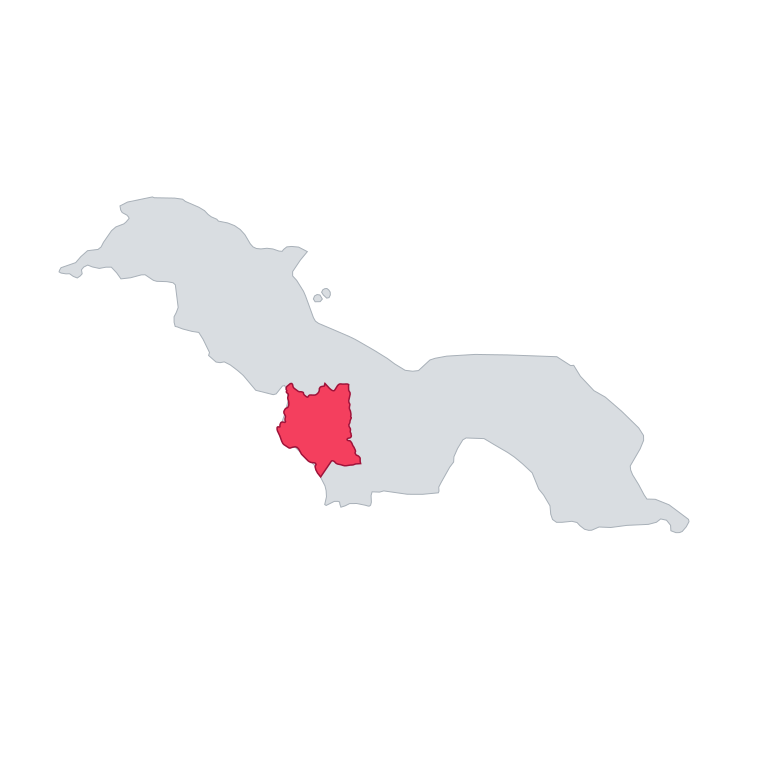 location of Kasungu within Malawi, rotated 308°
{"feature_id": "MWI-1899", "entity_name": "Kasungu", "entity_type": "District", "adm_level": 1, "iso_a3": "MWI", "parent_name": "Malawi", "parent_adm1": "", "projection": "orthographic", "projection_center": [33.477, -13.001], "detail": "fine", "context": "in_parent", "style": "filled", "palette": "rose", "viewbox_px": 768, "rotation_deg": 308, "n_neighbors": 0, "source": "natural_earth", "source_scale": "10m", "svg_char_len": 6115}
<svg xmlns="http://www.w3.org/2000/svg" viewBox="0 0 768 768"><g transform="rotate(308 384 384)"><path d="M296.1,447.1L291.7,441.0L288.1,442.5L283.1,446.8L280.4,448.0L279.0,447.8L278.1,446.8L277.0,444.0L273.1,436.2L268.7,430.6L264.1,428.4L260.4,425.9L262.0,423.4L263.7,421.6L263.0,419.7L260.9,417.1L252.7,413.2L252.5,411.5L259.7,408.1L264.3,404.1L267.4,400.2L271.3,391.8L274.5,383.4L276.8,380.6L277.7,375.1L277.1,368.8L278.7,360.8L279.4,353.2L277.0,350.3L275.0,345.2L277.4,336.5L281.2,330.5L299.4,324.2L312.1,318.6L314.8,316.1L319.2,311.3L321.6,306.6L319.8,305.2L309.8,305.1L307.4,303.3L300.1,286.8L304.1,267.9L304.5,260.4L304.4,251.2L303.1,244.5L299.9,241.7L297.9,238.1L298.5,228.2L301.4,227.1L307.8,214.0L310.6,206.3L307.2,200.2L303.4,191.4L301.7,185.9L300.8,184.0L303.4,180.6L307.7,177.2L312.5,176.3L317.6,174.7L333.7,158.5L333.9,155.4L331.0,149.9L325.0,141.7L323.7,138.4L323.0,128.5L320.6,125.6L311.7,118.9L304.9,112.0L307.0,104.9L308.2,97.2L304.8,92.9L299.8,88.5L296.7,82.1L295.3,77.3L291.3,75.4L287.7,75.3L285.0,78.3L282.1,78.1L278.7,77.0L277.5,72.9L277.3,68.4L274.9,65.4L272.6,61.2L272.3,58.9L273.8,58.3L276.8,57.9L289.8,66.3L297.7,66.7L306.5,68.3L314.0,75.8L317.9,76.7L322.9,75.7L337.0,74.9L342.7,76.0L350.0,80.4L352.9,81.0L357.5,81.2L358.3,80.0L358.8,77.4L357.9,72.2L359.0,69.4L361.8,66.3L369.5,69.9L388.8,86.3L389.4,88.4L401.6,104.6L405.6,111.5L405.6,115.1L409.3,129.3L410.1,135.9L409.3,140.9L409.4,145.0L410.9,150.8L410.4,153.2L414.7,161.7L416.8,168.8L417.2,175.7L416.0,182.5L412.1,192.4L411.4,196.4L412.2,200.0L414.7,203.9L418.9,208.2L422.0,213.3L424.1,219.4L425.9,222.1L428.1,222.0L432.2,223.0L435.5,226.5L439.3,232.4L440.6,239.2L441.1,242.1L430.1,241.8L416.3,242.8L412.9,245.5L411.9,251.4L407.5,263.5L405.1,267.9L400.0,276.1L392.8,287.6L391.3,291.3L391.5,295.2L395.7,310.8L400.0,327.3L401.4,333.7L404.5,355.5L406.2,371.0L406.4,380.0L407.8,392.2L411.7,398.7L415.8,402.9L431.2,405.4L435.8,408.5L444.6,416.3L463.5,437.7L473.9,451.5L483.0,463.5L499.3,486.0L511.9,503.4L513.4,519.7L515.5,522.0L511.0,534.0L508.0,553.5L509.9,566.4L508.8,588.4L506.2,611.8L503.2,620.2L499.4,623.3L490.5,625.8L471.0,628.5L468.1,631.3L465.5,635.8L461.5,646.6L456.7,657.4L455.2,662.1L456.1,663.2L460.2,668.8L464.3,683.0L464.8,707.3L463.3,709.1L457.6,710.1L451.4,709.8L448.9,708.4L446.6,705.6L445.0,700.4L449.1,696.8L450.6,690.5L448.0,685.1L442.8,683.8L436.2,678.8L422.2,662.5L410.5,651.0L403.7,641.5L396.7,637.7L394.7,635.4L393.0,631.4L393.0,625.6L393.7,621.4L391.5,616.6L384.4,609.2L381.2,605.1L381.0,600.2L384.1,595.5L390.2,589.8L394.8,578.1L396.5,570.6L405.2,555.5L406.4,542.3L406.7,531.8L406.2,523.9L404.0,507.7L402.6,496.5L392.0,481.9L388.5,480.5L378.4,481.7L369.7,483.9L365.4,486.9L358.9,487.0L341.9,489.6L336.5,490.6L333.4,493.3L331.7,493.8L321.0,482.5L311.5,470.3L299.6,449.6L296.1,447.1ZM421.1,286.9L418.2,287.5L416.4,286.0L416.8,281.5L417.9,278.3L420.7,277.8L422.7,278.7L424.1,280.2L424.1,282.5L423.3,285.0L421.1,286.9ZM414.7,278.7L413.0,283.1L409.6,283.0L406.4,279.1L407.5,276.0L410.6,275.1L413.3,276.2L414.7,278.7Z" fill="#d9dde1" stroke="#a8b0b8" stroke-width="1"/><path d="M306.4,322.6L308.2,322.2L310.1,321.0L311.8,319.3L313.1,317.4L314.0,316.5L316.5,315.5L317.2,314.5L317.3,312.4L317.7,311.8L318.9,311.6L319.5,310.2L321.7,308.9L322.9,309.1L326.6,309.9L327.1,310.4L327.6,311.0L327.5,311.5L327.4,312.0L327.2,312.4L327.0,312.7L326.1,313.7L325.9,314.0L325.7,314.4L325.5,314.8L325.3,315.9L325.4,320.4L325.5,321.3L325.7,321.9L326.7,323.2L327.3,324.3L327.5,325.0L327.6,325.6L327.4,326.0L327.1,326.3L326.8,326.5L326.5,327.2L326.2,328.2L326.2,330.7L326.4,331.6L326.8,332.0L327.8,331.9L328.4,331.9L328.9,332.0L329.3,332.1L329.7,332.4L330.2,333.0L331.7,335.1L332.6,336.2L333.0,336.5L333.4,336.8L333.8,337.0L334.8,337.3L335.8,337.5L336.9,337.5L337.5,337.5L337.9,337.4L338.8,337.1L339.1,336.9L339.8,336.5L340.1,336.2L340.4,336.0L340.8,335.8L341.7,335.8L342.2,335.7L342.8,335.9L343.5,336.3L345.3,337.9L345.8,338.2L346.1,338.2L346.4,338.0L346.7,337.7L347.4,337.3L348.1,337.1L347.0,343.8L346.9,346.4L347.1,347.3L347.5,348.2L347.9,348.7L348.5,348.9L349.2,348.9L353.8,348.4L354.5,348.4L355.2,348.5L356.0,348.7L357.0,349.3L357.7,350.3L358.6,351.7L361.3,354.9L361.7,356.0L361.8,356.5L361.7,356.7L360.8,357.1L357.6,359.8L357.3,360.1L357.0,360.7L356.4,362.2L356.2,362.6L355.1,363.6L349.1,366.5L348.5,367.1L347.7,367.9L347.6,368.5L347.1,369.4L346.6,369.9L345.8,370.3L344.6,370.9L343.5,371.7L343.0,372.3L342.0,374.2L340.3,376.1L339.4,376.9L338.6,377.4L338.0,377.6L337.7,378.0L337.5,378.7L337.2,379.0L336.8,379.2L335.5,379.5L334.1,379.9L332.9,380.7L331.5,381.2L330.3,381.3L329.0,382.7L328.3,384.5L328.0,385.1L327.6,385.5L326.9,386.0L325.7,386.7L325.4,387.0L324.5,388.7L323.8,389.2L323.2,390.1L322.7,390.4L322.2,390.6L321.7,390.6L321.2,390.5L320.8,390.4L320.5,390.3L320.3,390.1L319.7,389.6L319.4,389.3L319.0,389.0L318.5,388.9L317.8,388.9L317.4,389.1L317.2,389.5L317.2,390.0L317.3,390.4L317.5,390.8L317.9,391.5L318.1,391.8L318.3,392.3L318.3,392.7L318.2,393.2L317.6,395.1L317.3,395.6L316.3,397.3L315.7,399.2L314.2,402.1L313.5,403.0L313.0,403.2L312.3,403.4L311.7,403.8L311.0,405.6L310.9,406.2L311.1,406.6L311.3,407.0L311.4,407.6L311.5,408.3L311.3,409.7L311.1,410.4L310.8,410.9L308.3,412.9L306.9,414.6L303.6,410.9L301.3,409.5L300.5,408.7L299.3,407.3L296.4,404.6L295.4,403.4L294.7,402.0L293.8,399.6L292.4,396.8L292.1,395.7L292.0,394.7L292.3,392.9L292.3,392.0L291.9,390.8L291.4,390.3L291.0,390.0L272.9,391.2L271.8,391.3L272.9,386.5L274.4,383.2L276.4,380.6L278.9,379.9L279.3,378.7L279.1,377.7L277.8,375.8L277.1,374.4L276.8,373.0L276.7,371.5L277.9,362.2L280.2,357.0L280.6,354.7L279.9,352.6L277.8,350.8L275.6,349.4L275.1,348.4L274.6,342.3L274.9,340.8L276.0,338.5L278.9,334.0L281.4,329.0L282.3,327.8L283.5,326.8L284.1,326.5L284.7,326.6L285.2,327.1L285.5,327.8L286.1,328.3L286.8,328.0L287.5,327.3L288.2,327.0L289.5,326.6L290.1,326.5L290.9,326.8L291.5,327.3L292.5,329.2L292.8,329.6L293.7,329.6L294.0,329.2L294.3,328.6L294.8,328.1L295.2,327.8L295.6,327.5L296.1,327.2L296.9,326.9L298.1,326.1L299.4,323.2L300.4,322.2L301.1,321.9L303.2,321.5L304.3,321.6L305.1,322.0L305.8,322.4L306.4,322.6Z" fill="#f43f5e" stroke="#9f1239" stroke-width="1.5"/></g></svg>